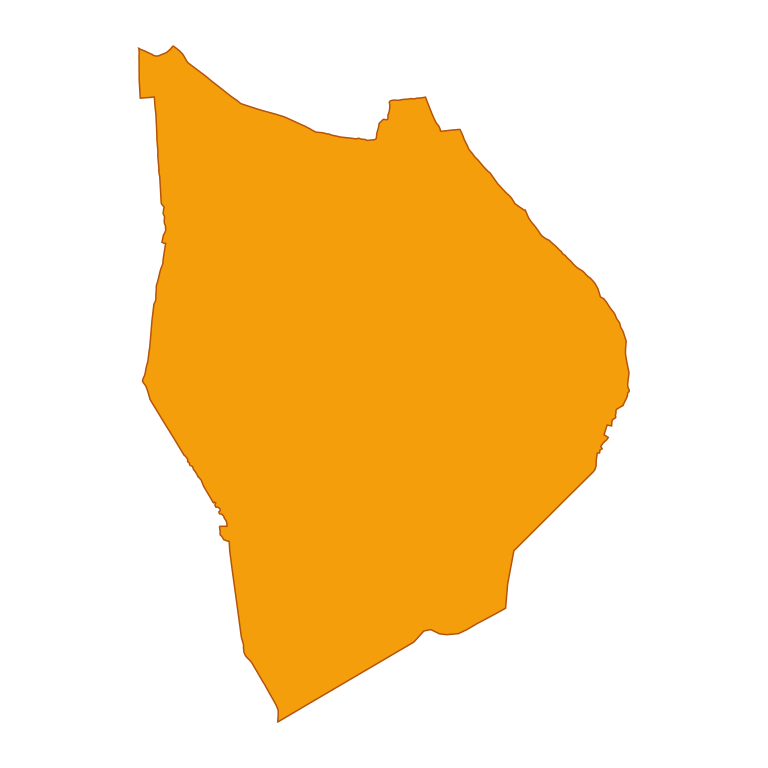 the district of Dolhesti, Suceava, Romania
{"feature_id": "2599482B42758921432370", "entity_name": "Dolhesti", "entity_type": "district", "adm_level": 2, "iso_a3": "ROU", "parent_name": "Romania", "parent_adm1": "Suceava", "projection": "albers", "projection_center": [26.513, 47.438], "detail": "fine", "context": "isolated", "style": "filled", "palette": "amber", "viewbox_px": 768, "rotation_deg": 0, "n_neighbors": 0, "source": "geoboundaries", "source_scale": "gbopen_adm2", "svg_char_len": 6052}
<svg xmlns="http://www.w3.org/2000/svg" viewBox="0 0 768 768"><path d="M149.9,399.2L152.1,402.9L158.3,413.0L162.2,419.5L172.9,436.7L184.0,455.1L185.8,456.6L187.6,459.1L187.7,460.1L187.6,461.4L188.1,462.2L189.1,462.7L189.5,463.7L189.5,464.5L190.1,465.4L191.4,466.0L192.3,466.3L192.8,467.0L193.3,469.1L195.4,471.9L196.6,473.8L197.5,475.5L198.0,476.8L198.7,477.2L201.3,480.3L202.6,483.8L203.4,485.7L204.2,487.3L208.2,494.0L211.1,498.9L212.8,502.0L213.7,502.9L214.7,502.1L215.7,503.0L214.9,505.2L215.9,507.2L217.1,507.0L218.6,507.6L220.2,509.1L219.9,510.9L218.9,511.8L219.0,512.8L219.7,513.9L221.6,514.1L223.7,516.1L224.1,517.7L226.1,520.8L226.9,523.3L227.0,526.3L219.9,526.3L219.5,527.0L220.1,531.0L220.1,534.0L220.1,534.8L221.8,536.4L223.7,539.6L227.3,541.0L229.1,541.4L229.4,544.7L229.7,550.7L232.0,568.4L235.0,590.2L236.3,599.7L238.2,613.5L241.3,636.9L243.5,644.6L243.5,647.0L243.5,648.7L243.8,650.5L244.0,652.2L244.7,654.1L245.6,655.9L247.6,658.2L250.1,660.6L251.6,662.5L257.7,672.8L262.5,681.2L264.4,684.1L268.7,691.9L273.2,699.8L276.0,704.9L278.2,710.1L278.2,715.5L277.7,721.9L278.1,721.8L305.7,705.5L361.1,673.0L413.8,642.1L423.9,631.0L430.8,629.6L439.4,633.8L446.8,634.7L458.5,633.6L466.9,629.6L476.9,623.7L492.6,615.4L505.6,608.2L507.6,584.3L513.9,550.7L530.5,534.2L569.1,495.7L593.2,471.9L594.9,469.7L596.1,465.9L596.2,460.5L597.0,454.8L597.3,453.0L599.5,453.0L599.8,451.5L599.9,450.1L601.7,449.0L602.2,448.8L600.9,446.7L601.0,446.1L602.7,443.5L604.7,441.5L606.7,439.8L608.3,437.5L604.1,434.8L607.1,425.1L611.6,425.9L611.8,423.4L611.8,422.1L612.3,420.3L613.7,418.9L615.4,417.9L615.8,417.1L615.4,415.6L615.6,414.6L616.0,412.7L615.9,410.7L616.6,409.3L619.8,407.3L623.0,405.6L624.1,403.0L626.2,398.8L627.1,396.9L627.8,392.6L629.1,391.7L629.3,390.4L628.0,387.4L627.6,384.3L628.1,380.3L628.7,375.6L629.0,372.7L628.5,370.2L626.9,362.5L625.5,354.3L625.5,349.7L626.2,341.1L624.6,336.3L623.2,331.8L621.6,328.7L620.8,327.6L619.6,322.8L617.8,320.3L616.7,318.7L615.9,316.9L615.1,314.7L613.2,311.7L611.8,310.1L610.6,308.5L608.8,305.9L607.6,303.9L606.5,302.1L605.4,300.9L604.3,299.3L603.6,298.6L601.4,297.5L600.4,296.8L599.7,294.5L598.0,288.9L595.0,283.5L592.7,280.7L590.2,278.0L588.5,276.9L586.5,275.1L584.2,272.5L582.4,270.9L580.6,269.8L577.7,268.1L575.8,266.5L573.5,264.3L571.3,261.7L567.0,257.6L565.4,255.7L564.8,255.1L564.2,254.8L563.1,254.1L562.2,253.2L561.8,252.2L561.1,251.4L559.1,249.6L555.2,245.7L553.4,244.2L551.1,242.2L549.2,240.3L547.8,239.7L545.8,238.7L543.2,236.9L541.9,235.8L540.6,234.3L538.1,230.5L536.0,227.6L534.2,225.3L531.3,222.0L528.6,217.9L527.0,214.2L525.3,210.1L524.7,210.5L523.8,209.8L518.7,206.4L515.0,203.7L511.7,198.3L509.1,195.4L506.5,193.2L502.9,189.4L497.8,183.9L490.1,173.0L487.7,171.0L483.0,166.1L478.6,160.7L474.8,156.9L472.0,153.1L469.1,149.7L467.0,145.0L464.5,140.1L462.5,134.8L460.1,129.6L459.8,129.4L459.4,129.4L456.6,129.7L452.6,130.0L449.1,130.4L440.8,131.3L440.5,131.1L440.3,130.2L440.2,129.3L439.1,126.6L438.5,125.7L436.6,123.4L435.5,121.6L433.8,117.9L432.1,114.1L429.4,107.3L426.5,99.8L425.5,97.1L424.7,97.3L422.2,97.7L421.0,97.9L419.1,98.1L418.0,98.0L415.2,98.6L413.5,98.9L412.3,98.8L411.1,98.5L409.2,99.0L407.8,99.1L405.9,99.3L405.1,99.3L404.1,99.3L402.9,99.5L401.3,99.7L398.4,100.3L397.4,100.3L395.7,100.2L393.6,100.1L391.9,100.4L391.1,100.6L389.9,101.2L389.4,101.9L389.3,102.4L389.4,103.2L389.8,105.2L389.8,107.0L389.6,108.9L389.2,111.3L388.5,113.7L387.9,115.0L387.9,115.7L388.0,117.8L387.8,119.1L387.0,119.6L386.4,119.8L383.8,119.3L383.4,119.4L382.8,119.8L381.5,121.1L379.6,122.9L379.1,123.7L379.0,124.3L378.8,126.1L378.2,128.5L377.0,132.6L376.7,134.0L376.6,135.2L376.4,137.4L376.2,138.5L375.7,139.1L374.9,139.5L373.1,139.8L370.3,140.1L367.5,140.4L366.8,140.3L366.4,140.2L366.1,139.9L365.6,139.6L364.4,139.4L363.3,139.3L361.6,139.2L360.5,138.9L359.7,138.5L359.0,138.3L358.4,138.2L357.8,138.4L356.8,138.8L356.2,138.8L354.7,138.7L350.3,138.1L340.2,137.0L338.4,136.6L337.2,136.2L336.4,136.1L334.2,135.6L332.1,135.2L330.7,134.8L329.3,134.1L328.4,134.0L326.8,133.8L324.2,133.1L322.3,132.7L317.8,132.3L316.6,132.2L315.7,132.0L314.9,131.6L312.0,130.1L310.5,129.1L309.0,128.3L306.8,127.3L305.8,126.6L301.3,124.6L297.1,122.7L293.5,121.0L284.4,116.9L279.3,115.3L275.0,114.0L262.6,110.6L257.9,109.2L241.6,103.9L240.0,103.0L237.4,100.7L234.2,98.6L231.8,96.9L226.6,92.9L224.4,91.1L215.0,83.7L211.8,81.2L206.0,76.4L196.1,68.9L190.9,65.0L188.5,63.2L188.3,63.0L187.7,62.4L186.8,61.1L186.4,60.5L184.0,56.2L183.2,54.9L182.4,53.8L179.5,50.8L176.2,48.2L173.3,46.1L172.6,46.4L170.4,49.1L169.6,49.9L166.5,52.5L164.5,53.4L160.7,54.9L158.9,55.7L156.8,56.1L154.9,55.8L153.1,55.2L151.9,54.2L150.4,53.7L145.5,51.3L142.5,50.1L141.4,49.7L140.3,49.3L139.3,48.5L138.7,48.3L138.9,49.0L139.1,51.5L139.2,53.1L139.0,56.2L139.1,62.1L139.1,64.2L139.2,79.7L140.2,98.1L141.3,98.1L144.9,97.8L149.4,97.5L154.3,97.0L154.8,103.5L155.0,106.3L155.9,114.3L156.1,118.7L156.4,124.4L156.8,133.5L156.9,139.4L157.3,143.8L157.4,145.6L157.9,150.9L157.8,155.6L158.3,162.0L159.0,169.7L158.7,169.8L159.3,174.6L159.7,176.4L159.9,179.7L160.1,183.3L160.6,191.8L160.7,193.7L161.1,201.4L161.2,202.8L161.5,203.9L162.2,204.8L163.1,205.9L163.8,206.6L164.2,207.3L163.7,208.4L163.6,209.1L163.6,209.6L163.5,210.3L163.4,211.0L163.3,211.8L163.1,212.7L163.2,213.9L164.3,215.9L164.5,216.7L164.5,218.1L164.3,219.5L164.2,221.6L164.4,223.2L165.0,224.8L165.4,225.7L165.5,226.3L165.5,227.6L165.6,228.6L165.8,229.2L165.7,230.1L165.2,231.8L164.5,233.2L163.5,234.8L161.9,242.3L163.7,243.1L165.6,243.4L163.8,255.0L163.0,260.5L162.9,263.3L162.0,266.0L160.9,268.5L159.8,272.4L158.9,276.5L157.9,280.3L157.5,282.2L156.6,284.5L156.4,285.8L156.2,286.9L156.3,288.9L155.9,294.6L155.8,295.7L155.9,297.9L155.8,299.8L155.2,301.6L153.9,304.2L152.0,320.2L150.7,336.0L150.1,342.9L149.8,346.7L148.9,352.5L148.0,360.4L147.8,361.8L146.8,364.9L146.2,367.5L146.0,368.5L145.3,372.5L144.6,375.4L143.2,378.4L142.9,379.4L142.5,380.8L142.8,381.7L143.6,383.1L145.2,385.1L145.9,386.3L146.3,387.2L147.5,390.6L148.3,393.2L148.9,395.3L149.6,397.7L149.9,399.2Z" fill="#f59e0b" stroke="#b45309" stroke-width="1.5"/></svg>